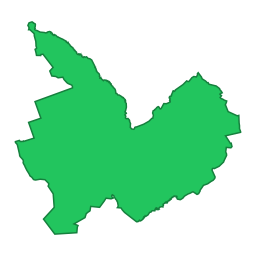 outline of Prodes pag., Ilukstes, Latvia
{"feature_id": "27541924B41146663771526", "entity_name": "Prodes pag.", "entity_type": "district", "adm_level": 2, "iso_a3": "LVA", "parent_name": "Latvia", "parent_adm1": "Ilukstes", "projection": "mercator", "projection_center": [25.919, 56.06], "detail": "fine", "context": "isolated", "style": "filled", "palette": "green", "viewbox_px": 256, "rotation_deg": 0, "n_neighbors": 0, "source": "geoboundaries", "source_scale": "gbopen_adm2", "svg_char_len": 5646}
<svg xmlns="http://www.w3.org/2000/svg" viewBox="0 0 256 256"><path d="M198.2,72.7L197.4,73.7L197.5,75.1L196.3,76.9L193.8,76.5L191.9,77.7L188.9,81.5L187.9,81.5L186.7,80.9L183.0,84.6L175.3,90.0L175.3,90.3L174.6,91.2L174.1,91.4L173.9,91.0L173.2,90.8L172.6,92.1L172.4,92.8L171.4,95.0L171.5,95.4L171.2,95.6L171.3,96.0L170.4,96.6L169.9,96.4L169.4,97.0L169.2,97.9L169.9,98.4L170.2,99.0L169.8,99.5L170.1,100.7L169.7,100.8L169.9,101.3L170.2,101.3L170.2,101.8L170.0,102.2L166.4,103.7L163.8,103.6L161.1,108.6L160.6,108.9L160.1,108.9L158.7,106.8L158.2,106.6L156.8,107.5L155.9,108.7L154.7,109.6L154.5,110.2L153.2,110.7L152.6,113.0L153.4,115.2L152.8,118.2L151.8,118.4L149.0,121.2L143.7,124.2L136.7,126.9L135.2,127.1L134.7,127.6L134.4,128.8L133.4,129.3L131.6,128.9L130.2,127.2L130.4,126.3L130.3,124.8L130.6,123.9L129.5,121.1L129.6,120.6L129.4,120.1L128.0,118.5L126.3,118.7L125.5,118.1L125.4,117.6L125.8,116.5L125.7,116.1L125.5,115.8L125.5,115.6L125.1,115.2L124.9,114.8L125.4,113.9L126.3,113.5L126.0,112.7L125.3,112.4L125.0,111.8L125.5,110.9L126.4,107.2L126.2,103.3L125.1,102.0L125.1,101.5L125.5,101.2L125.3,101.0L125.4,100.9L125.2,100.7L125.4,100.6L125.0,100.1L125.2,99.7L123.3,97.8L122.7,97.6L122.9,97.4L122.4,97.2L121.7,96.6L119.1,95.0L117.9,95.0L116.8,93.5L115.9,93.4L115.5,90.5L115.0,89.2L114.2,88.2L113.4,87.7L112.7,86.3L111.6,85.6L111.4,84.8L110.7,84.5L111.0,83.8L110.5,83.6L110.2,82.9L109.6,82.8L109.8,82.3L109.2,81.6L108.8,81.9L108.7,81.5L107.9,81.4L108.0,81.1L107.8,80.8L107.2,81.1L107.2,80.8L106.9,80.7L106.6,80.3L105.8,80.4L105.1,80.0L103.8,80.1L103.4,80.5L103.3,80.2L102.7,80.1L102.0,79.5L101.3,78.6L100.8,78.2L101.0,78.1L100.9,78.0L100.5,78.1L100.6,77.7L100.2,77.8L100.4,77.4L99.9,77.4L99.4,76.3L99.7,75.7L99.1,73.8L97.0,71.9L96.9,71.3L96.4,71.1L96.4,70.3L96.1,69.8L96.1,69.1L95.2,67.8L95.4,67.3L94.8,67.1L94.9,66.4L91.7,60.0L89.8,58.7L87.9,58.4L87.5,57.7L86.5,56.8L85.4,57.2L84.0,56.7L83.6,57.5L83.1,57.4L81.8,56.5L81.9,55.7L81.6,55.0L80.3,54.7L80.4,54.3L79.8,54.7L79.4,54.0L78.8,53.8L78.6,54.0L78.7,54.6L77.6,54.4L76.7,53.4L76.5,52.9L76.6,52.3L75.1,50.8L74.8,50.3L74.4,50.4L73.9,49.2L73.2,48.7L72.8,47.6L71.8,47.1L71.4,46.5L70.7,46.3L69.6,44.5L68.3,43.2L68.2,42.6L67.8,42.9L67.7,42.4L66.9,42.1L66.7,42.3L66.2,41.9L66.2,41.4L65.9,41.5L65.2,40.6L64.2,40.2L63.8,39.8L58.5,37.3L58.0,36.9L57.5,37.0L55.7,35.2L55.2,35.0L54.7,35.2L54.8,34.9L54.5,34.8L54.3,34.9L54.4,35.2L54.1,35.3L53.9,35.1L53.9,34.7L53.2,35.0L52.3,34.4L52.3,34.1L52.5,33.8L52.3,33.4L51.4,32.5L50.9,32.7L51.0,32.2L50.6,32.1L50.5,31.8L49.6,31.5L47.6,32.0L47.3,32.5L46.6,32.5L45.9,33.0L44.3,32.5L40.1,32.1L37.4,30.7L35.2,30.0L34.7,29.6L34.7,29.0L35.2,28.4L34.8,27.6L35.2,26.7L35.4,24.6L35.2,23.9L34.2,23.3L33.7,23.3L33.3,22.7L32.8,22.6L32.6,22.1L32.0,21.9L29.7,22.6L29.0,22.9L27.9,25.4L29.1,27.8L28.6,29.7L29.9,29.7L34.2,33.7L34.3,35.9L35.8,41.4L36.0,44.4L36.0,46.0L36.5,47.2L36.5,48.5L35.1,49.3L36.0,52.7L36.5,55.4L40.7,55.5L40.9,54.5L43.0,54.2L53.1,67.4L49.8,71.0L51.8,76.0L55.9,76.5L58.1,77.8L62.9,77.2L64.0,79.5L66.9,82.7L68.2,83.6L71.8,85.1L72.4,86.4L72.5,87.9L35.0,101.6L40.9,118.2L28.6,122.4L34.1,138.1L23.6,141.4L23.4,141.0L22.4,141.5L20.2,141.5L19.4,140.4L15.4,141.6L15.5,142.6L16.8,143.9L17.4,145.0L19.5,154.1L19.7,155.8L20.3,156.8L23.0,159.8L23.4,161.4L23.1,162.3L23.4,163.5L24.8,165.9L25.0,166.6L26.8,170.2L29.1,173.9L30.0,175.9L31.9,177.3L33.5,179.5L34.4,179.8L35.6,180.0L40.2,179.2L45.0,179.7L48.7,183.5L48.6,185.0L48.1,186.1L53.2,193.8L54.2,207.4L43.5,219.1L54.8,234.1L76.8,232.7L77.3,227.2L78.0,225.5L74.0,223.9L85.0,217.6L86.2,213.7L89.1,211.3L89.3,211.4L90.0,210.8L90.7,206.4L99.6,207.3L104.2,201.1L106.0,198.2L111.1,198.8L112.9,198.2L111.8,196.5L111.8,195.5L112.3,194.8L113.7,195.6L114.0,196.2L114.1,197.4L115.1,198.1L115.6,199.1L116.8,200.4L117.0,201.3L117.5,202.0L118.2,205.7L117.9,206.9L117.4,207.6L121.1,208.0L122.3,209.9L124.5,212.4L136.2,221.5L136.7,221.8L138.1,221.6L138.8,221.0L139.4,220.2L139.9,220.5L139.9,220.9L140.5,220.9L141.9,220.1L142.9,218.9L143.1,219.0L143.4,218.6L143.3,218.2L143.7,218.0L143.8,217.2L144.3,217.5L145.0,216.1L145.2,216.5L145.7,216.4L148.0,214.9L149.6,212.4L151.1,212.0L151.8,211.0L152.4,210.7L154.7,210.8L154.7,210.2L154.9,210.0L155.8,209.7L155.4,209.3L156.2,208.8L155.6,208.6L156.2,207.8L156.5,207.9L156.6,208.5L157.4,208.4L157.6,208.7L157.3,209.5L157.9,209.7L158.6,209.5L158.1,209.2L158.9,208.5L158.8,208.2L159.3,208.0L159.9,207.1L161.4,206.7L162.8,206.9L162.7,206.4L163.4,205.7L163.3,205.1L163.1,205.0L163.1,204.2L164.8,203.2L164.8,202.9L165.0,202.7L165.3,203.0L166.0,202.9L165.8,202.3L166.0,202.0L166.8,203.0L167.1,203.0L167.5,202.4L167.4,201.6L168.0,201.4L168.5,200.5L169.4,200.6L169.5,200.2L169.9,200.2L170.3,199.7L170.2,199.1L170.5,199.1L170.7,199.4L171.2,199.1L171.0,198.5L171.5,198.1L171.9,197.4L172.6,197.5L172.8,196.9L174.0,196.6L174.1,196.0L176.8,196.3L176.9,196.6L176.3,197.5L177.0,198.1L177.4,199.1L180.2,199.7L180.9,199.4L182.9,198.1L184.4,196.2L185.8,195.3L188.4,193.8L189.7,193.4L193.0,191.7L197.0,194.4L198.6,193.7L200.1,191.0L200.0,190.4L203.5,185.3L207.7,183.8L211.1,181.4L213.1,180.3L214.7,178.5L215.1,177.0L212.0,170.1L212.4,168.7L213.0,168.3L214.3,168.6L219.1,166.3L223.6,162.0L224.0,160.8L226.6,155.4L226.5,153.8L225.7,152.0L226.3,147.4L230.9,147.8L232.0,146.6L231.2,143.2L230.4,143.4L225.5,135.8L240.6,132.3L240.6,131.6L239.5,128.7L239.5,125.6L239.1,123.0L238.8,115.4L237.2,115.8L228.1,111.6L225.5,105.0L225.3,104.9L226.4,102.3L226.7,101.0L224.4,100.2L222.5,99.0L221.3,98.7L220.1,97.5L221.5,95.7L219.9,94.2L220.3,93.6L222.2,92.8L221.4,91.4L219.7,89.4L219.6,88.6L216.2,86.0L208.9,84.2L208.1,82.6L207.1,82.7L205.7,81.1L202.1,78.8L201.5,77.1L198.2,72.7Z" fill="#22c55e" stroke="#15803d" stroke-width="1.5"/></svg>